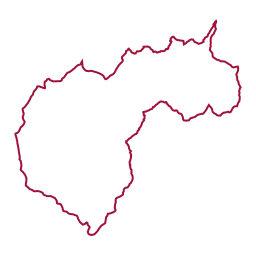 Arboledas, Norte de Santander, Colombia
{"feature_id": "7082276B9880094240393", "entity_name": "Arboledas", "entity_type": "district", "adm_level": 2, "iso_a3": "COL", "parent_name": "Colombia", "parent_adm1": "Norte de Santander", "projection": "albers", "projection_center": [-72.83, 7.605], "detail": "fine", "context": "isolated", "style": "outline", "palette": "rose", "viewbox_px": 256, "rotation_deg": 0, "n_neighbors": 0, "source": "geoboundaries", "source_scale": "gbopen_adm2", "svg_char_len": 5748}
<svg xmlns="http://www.w3.org/2000/svg" viewBox="0 0 256 256"><path d="M237.2,106.2L237.4,104.7L238.2,102.8L239.2,101.4L239.5,100.6L239.8,97.0L239.1,95.1L239.6,92.8L239.2,91.9L239.2,91.2L239.9,88.3L240.6,87.5L238.8,84.1L238.3,81.5L237.3,80.0L237.1,76.8L236.4,75.2L236.4,74.1L236.9,73.3L238.0,70.7L238.2,68.8L237.9,66.6L237.3,66.5L233.8,67.4L233.0,67.3L231.7,66.6L231.0,65.4L225.0,61.7L223.5,61.4L220.5,61.2L219.8,60.6L218.6,60.0L216.9,59.7L213.3,57.3L212.7,56.4L212.4,53.2L209.9,50.1L210.3,47.5L210.7,46.7L210.6,44.3L210.8,42.5L210.6,41.0L210.9,37.6L212.2,35.3L213.7,33.9L215.3,30.1L215.9,29.3L215.9,28.8L215.3,27.5L215.1,24.3L215.6,23.5L216.2,21.8L216.0,21.0L215.5,21.3L214.3,23.3L213.5,24.2L213.4,24.8L213.6,25.3L213.5,26.1L212.6,27.2L210.2,30.9L209.1,33.2L208.1,34.4L207.5,36.3L207.1,36.7L205.2,37.5L204.8,38.5L203.3,40.2L203.6,41.7L201.3,43.1L199.2,43.6L198.7,43.9L197.8,43.3L194.6,41.9L192.9,39.5L191.3,39.4L189.6,40.1L188.5,41.3L187.6,41.6L186.8,42.1L186.1,43.1L183.9,44.4L183.4,40.9L177.8,40.1L176.4,39.7L174.8,38.3L173.5,36.8L173.0,36.7L172.3,36.9L171.9,37.5L170.7,38.4L170.7,39.5L170.1,40.8L170.2,41.1L171.3,41.3L171.5,41.7L170.4,43.6L170.3,44.3L168.5,46.6L168.4,47.0L168.5,47.7L168.1,48.3L167.9,49.0L167.2,49.2L166.6,48.9L166.3,48.9L165.9,49.3L165.1,50.5L163.9,51.1L160.9,51.1L159.9,51.9L159.1,51.8L157.4,52.6L156.8,52.5L155.6,51.6L154.6,51.6L153.9,52.0L153.7,51.7L153.3,51.8L153.1,51.7L152.7,50.3L150.9,49.1L150.0,47.6L149.4,47.2L147.5,46.5L145.0,46.7L144.0,46.6L143.4,46.9L143.6,47.6L143.4,48.3L141.9,49.5L140.8,50.9L138.5,51.4L137.0,51.3L135.6,53.4L134.5,53.6L131.5,52.3L131.0,51.0L129.2,49.4L128.8,48.7L128.2,49.1L127.5,50.3L126.2,50.9L126.0,51.4L126.1,52.3L125.9,53.0L122.5,56.4L122.0,57.1L121.9,58.2L122.8,60.0L122.9,60.3L122.7,61.0L121.9,62.2L120.4,63.5L118.7,65.4L117.5,67.4L116.1,69.4L115.0,71.9L114.1,73.1L113.0,74.3L110.5,75.5L107.9,77.9L106.2,79.1L105.5,79.2L105.0,78.7L103.5,76.1L102.5,75.1L100.6,74.0L99.3,73.4L96.2,72.2L91.7,70.9L90.9,70.8L88.5,71.2L86.7,70.9L85.8,70.6L84.7,69.7L83.3,68.0L82.6,66.6L82.1,61.3L81.4,62.3L80.8,64.2L80.5,64.4L78.0,65.1L76.3,66.4L74.1,68.6L72.8,69.5L71.8,70.5L69.4,72.1L68.0,72.5L67.1,73.0L64.1,77.3L62.1,78.8L61.8,79.5L61.7,80.3L60.7,81.1L53.3,81.4L50.6,80.3L49.9,79.9L49.2,78.9L48.4,78.9L47.2,79.3L46.6,80.4L45.9,81.2L44.8,81.6L44.5,84.6L45.0,86.9L44.9,88.2L44.6,88.3L40.7,87.0L39.6,86.4L37.4,86.4L36.7,88.1L35.7,89.6L33.7,91.7L33.2,93.7L32.7,94.9L31.5,96.1L31.1,96.6L30.4,98.0L30.3,98.8L27.7,103.3L27.1,104.1L26.5,104.6L25.2,106.5L24.1,107.6L22.8,108.5L22.6,109.7L22.8,110.2L23.1,112.1L23.7,113.2L23.3,115.6L22.8,116.5L22.8,118.0L23.5,119.9L24.6,121.5L24.6,122.1L24.1,123.6L22.7,125.7L20.7,127.3L19.8,129.5L19.0,131.2L18.5,131.9L17.3,132.9L15.9,133.4L15.4,133.8L15.4,134.1L15.5,134.8L16.4,137.4L16.8,139.7L17.2,140.8L17.4,143.3L18.4,147.8L18.7,150.5L19.8,157.3L19.8,158.1L19.4,159.1L20.8,161.2L20.9,162.3L21.4,164.6L21.3,166.5L20.7,169.8L21.0,170.3L22.6,171.7L24.8,174.4L25.6,176.0L25.9,177.2L26.4,177.8L26.4,181.3L25.9,183.1L25.8,185.5L26.1,185.9L27.9,187.2L29.1,188.5L29.9,189.1L32.4,190.1L33.7,191.1L35.4,191.3L37.4,191.0L40.3,191.6L41.9,192.4L42.7,192.9L43.4,194.4L44.4,195.1L47.2,196.1L50.8,196.1L55.0,198.1L56.8,200.9L56.9,202.9L57.1,203.4L58.1,203.7L59.6,203.9L60.9,204.4L62.5,207.7L62.8,209.4L63.5,211.1L66.7,211.7L68.2,213.2L69.6,213.9L72.9,214.3L76.3,215.5L77.0,215.9L77.5,216.7L78.1,218.8L80.0,222.2L82.9,224.7L84.7,224.0L86.1,222.8L86.8,222.5L87.4,222.8L87.6,224.7L89.6,226.8L89.6,227.6L89.0,228.5L87.8,231.9L88.4,233.7L89.5,234.5L91.7,235.0L94.5,234.2L97.5,231.1L99.4,228.0L101.7,225.4L104.7,223.5L105.2,223.0L106.1,217.3L106.3,216.8L107.4,215.7L107.8,213.8L110.3,213.4L113.4,212.2L114.9,211.2L115.4,210.8L115.5,209.7L114.9,208.0L114.8,206.4L115.3,203.6L115.8,202.6L115.6,201.3L115.8,198.9L116.7,197.9L120.0,196.6L122.6,194.9L123.0,194.3L122.9,192.8L123.6,191.6L123.9,189.5L124.3,188.8L125.2,187.9L125.8,187.7L126.9,187.7L127.8,187.2L128.4,186.2L129.3,185.4L129.3,184.8L129.6,184.0L131.0,182.8L132.5,179.8L132.8,178.1L132.5,176.6L132.5,175.7L131.7,174.3L131.3,173.2L131.6,172.2L131.4,171.5L131.6,170.4L131.4,169.8L130.9,169.3L130.3,167.8L130.2,167.1L130.4,165.8L129.8,165.2L130.2,164.3L129.8,163.9L129.5,162.1L129.9,161.6L131.1,157.0L130.8,156.0L131.2,155.2L131.2,154.7L130.0,152.6L130.9,151.1L130.0,150.5L129.7,150.0L128.9,147.9L128.8,146.3L128.1,145.3L127.8,144.5L127.2,144.0L126.9,143.4L126.1,142.7L126.3,142.3L126.1,141.4L126.8,141.3L127.5,140.2L128.5,139.4L128.9,138.8L130.5,138.0L132.8,135.7L133.6,135.4L135.0,134.2L136.2,134.0L137.4,132.6L137.4,131.6L137.8,130.7L139.2,129.6L139.3,129.2L139.0,128.5L140.6,126.8L141.9,123.9L142.0,122.8L144.0,120.3L144.0,120.1L143.6,119.4L144.3,119.0L144.5,118.5L144.5,117.0L144.8,115.6L144.5,115.3L144.0,115.3L143.7,114.9L143.7,113.5L143.2,112.1L143.3,112.0L146.5,111.4L147.5,110.7L148.9,110.4L150.1,109.5L152.1,108.9L152.5,108.3L152.9,107.1L154.3,106.8L156.0,104.8L157.5,104.0L158.2,103.0L159.5,102.3L160.3,101.5L162.8,101.6L163.5,101.9L164.0,102.3L164.7,102.5L165.3,102.5L165.8,102.1L166.1,102.0L166.5,102.4L167.0,103.9L167.9,104.4L168.6,105.8L170.3,106.6L172.5,109.9L173.0,110.2L174.4,110.7L174.9,110.8L176.0,110.3L177.0,110.7L178.3,112.8L179.3,113.5L181.0,113.8L181.4,114.1L182.7,116.7L183.1,119.3L183.7,120.3L183.9,120.4L185.8,120.6L187.6,120.5L188.9,120.3L190.3,118.4L195.2,116.8L197.0,115.3L197.7,114.9L201.2,113.9L202.0,113.7L202.6,113.9L203.0,113.7L203.7,113.1L206.2,109.9L207.4,107.4L208.9,105.0L209.3,105.6L209.3,105.9L210.3,106.7L211.6,108.2L212.2,109.6L212.2,110.3L212.8,112.0L214.2,113.3L216.0,114.2L217.0,115.2L218.4,115.6L220.6,115.5L221.7,114.0L223.9,112.6L225.5,112.5L228.0,111.7L229.1,112.4L230.6,112.0L231.8,110.0L232.8,107.9L233.6,107.0L234.9,106.3L237.2,106.2Z" fill="none" stroke="#9f1239" stroke-width="2"/></svg>